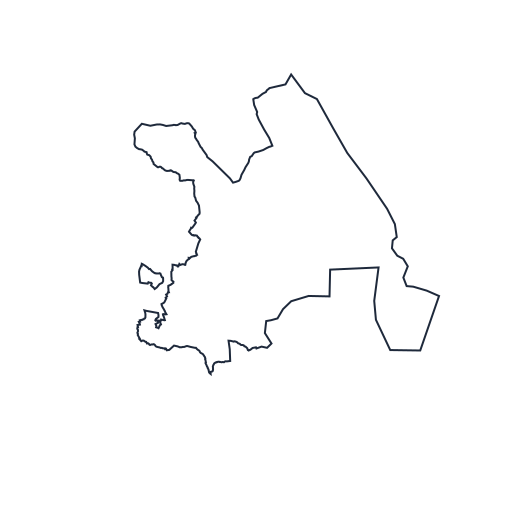 outline of Egbeda, Oyo, Nigeria, rotated 323°
{"feature_id": "59680162B66692684641238", "entity_name": "Egbeda", "entity_type": "district", "adm_level": 2, "iso_a3": "NGA", "parent_name": "Nigeria", "parent_adm1": "Oyo", "projection": "equal_earth", "projection_center": [3.978, 7.391], "detail": "fine", "context": "isolated", "style": "outline", "palette": "slate", "viewbox_px": 512, "rotation_deg": 323, "n_neighbors": 0, "source": "geoboundaries", "source_scale": "gbopen_adm2", "svg_char_len": 6131}
<svg xmlns="http://www.w3.org/2000/svg" viewBox="0 0 512 512"><g transform="rotate(323 256 256)"><path d="M390.9,260.5L390.9,228.6L394.5,200.4L399.1,167.3L393.1,155.4L393.3,132.2L382.8,136.7L367.8,130.0L366.4,130.2L365.1,130.1L363.8,130.4L362.7,131.0L358.8,130.4L352.7,130.6L350.9,129.6L349.6,129.2L348.2,129.1L345.4,134.3L343.6,141.7L341.9,143.1L340.3,148.7L338.6,159.9L337.6,169.7L335.4,177.8L333.4,177.3L332.3,176.8L329.3,176.2L325.6,175.7L320.8,174.1L317.3,172.5L316.1,172.5L312.6,173.7L311.1,173.3L308.6,174.8L307.3,176.1L305.9,177.0L301.0,178.8L298.4,180.2L293.3,182.4L290.5,184.5L288.8,185.4L287.5,185.6L284.4,184.6L281.8,183.6L281.9,178.4L278.3,154.3L276.6,147.7L277.3,145.6L277.4,138.9L277.7,137.3L277.4,135.5L278.1,131.4L278.5,130.0L278.5,127.3L278.7,126.4L278.6,125.7L278.9,124.4L279.6,123.3L280.4,122.4L281.1,122.0L281.1,120.9L282.2,121.1L282.9,118.8L282.4,116.5L282.7,113.9L282.4,110.0L281.7,109.1L280.6,108.3L278.7,107.7L277.2,106.2L276.2,104.9L275.2,104.6L272.3,104.2L270.7,103.3L270.3,102.7L269.1,101.7L268.0,101.3L262.5,98.1L260.5,95.3L258.6,93.2L255.8,91.2L250.0,88.4L244.4,81.7L233.9,83.6L231.7,85.8L230.1,89.1L226.1,93.7L225.5,96.1L226.0,98.2L226.9,100.3L227.7,101.0L229.0,102.5L229.6,104.5L229.7,105.5L231.1,107.2L230.4,108.6L230.2,109.6L231.4,111.2L231.6,112.9L231.6,113.4L230.9,114.7L230.9,116.5L230.3,118.1L230.4,119.5L229.6,120.9L230.9,125.9L231.3,126.3L232.8,126.7L233.5,127.3L233.8,128.2L233.8,129.3L234.2,129.7L234.9,132.8L235.7,134.1L236.4,134.7L238.5,136.1L238.7,135.9L239.5,136.2L239.8,136.7L240.5,138.9L240.9,139.5L242.3,140.8L242.6,142.1L243.4,143.6L243.7,145.1L242.1,147.9L241.2,148.7L240.8,149.4L240.7,150.3L242.4,151.6L244.0,152.2L244.7,152.9L246.6,153.7L247.7,154.5L250.5,157.0L251.7,157.9L251.8,158.2L250.3,159.1L249.4,160.6L248.4,163.7L247.4,164.7L246.0,166.9L244.2,169.0L242.7,171.5L242.6,172.9L241.4,175.8L241.4,178.3L240.8,181.4L237.3,187.2L236.3,188.3L233.6,188.7L232.8,189.1L231.4,189.1L231.4,189.8L228.2,190.7L228.1,193.1L227.3,193.5L222.1,195.1L221.7,194.9L221.2,194.4L220.9,194.8L218.6,195.6L217.1,196.3L217.4,200.1L217.6,200.9L217.9,201.3L218.6,201.6L218.8,202.5L219.8,202.7L220.4,203.6L220.7,203.7L221.1,204.2L220.9,205.7L221.2,206.1L221.0,206.7L221.0,207.2L221.4,207.6L221.4,209.2L217.6,211.2L210.5,216.4L210.0,218.2L209.8,218.2L209.6,219.5L209.3,219.4L208.9,219.7L208.2,219.7L207.6,219.3L206.7,219.1L206.4,218.8L203.8,217.7L202.2,217.9L201.2,217.0L200.7,218.1L199.4,217.9L197.4,218.2L195.9,219.0L194.2,220.5L193.8,220.2L193.5,219.4L192.2,218.2L190.2,217.6L190.0,216.2L187.7,217.6L187.1,217.2L187.2,215.8L186.6,215.5L185.4,213.9L184.1,212.7L181.9,215.8L181.0,216.2L181.0,217.0L178.9,217.6L176.0,221.6L175.3,222.9L174.5,223.8L174.0,224.6L174.6,226.8L174.1,227.2L173.8,227.7L172.0,227.7L171.7,227.5L170.6,227.7L168.1,227.0L167.6,227.7L167.2,227.9L166.4,229.3L164.9,231.5L164.6,232.5L163.8,232.0L162.5,232.9L161.0,232.7L160.7,234.7L158.7,235.0L158.8,235.9L155.2,237.7L154.1,237.9L151.6,237.5L151.1,238.5L150.6,240.6L150.3,243.7L150.0,244.6L150.1,245.1L149.7,246.2L149.4,248.6L148.5,248.1L147.0,246.6L146.6,246.5L146.3,247.0L145.7,249.4L144.6,252.4L144.2,252.2L142.0,249.7L141.4,250.4L140.1,249.6L138.9,253.5L138.1,253.4L137.5,253.5L134.7,255.0L134.5,254.5L133.3,252.8L134.3,252.0L134.8,249.9L137.7,250.4L138.6,248.3L138.1,247.9L137.0,247.4L136.9,246.8L137.8,246.2L138.3,246.0L141.4,246.0L142.5,244.6L143.5,242.6L135.2,233.6L134.2,232.3L133.3,234.8L132.5,236.2L130.7,238.5L129.7,239.0L128.9,238.7L128.1,239.0L127.4,238.5L126.4,238.5L126.0,238.0L124.5,237.4L124.0,238.7L122.8,238.1L122.4,240.0L122.0,240.9L119.9,239.8L119.0,241.7L118.7,241.4L117.5,242.5L117.2,243.4L117.3,243.8L116.6,245.0L115.0,246.0L114.8,247.3L114.0,247.9L113.4,252.3L112.9,252.2L113.0,253.1L113.1,255.0L114.6,255.3L115.4,256.0L116.1,258.1L116.6,258.5L116.3,260.3L117.2,260.6L117.4,261.1L117.6,261.7L117.5,262.6L117.8,263.3L119.2,263.7L120.4,264.6L120.9,264.6L121.3,264.9L121.7,266.1L121.6,267.6L121.9,268.5L123.0,269.9L123.9,270.9L124.6,272.1L125.5,272.7L126.2,273.9L126.9,274.3L127.3,275.0L127.3,275.6L127.8,275.6L128.1,275.3L128.3,275.5L128.4,275.8L128.0,277.6L130.2,278.8L136.6,278.2L139.0,281.0L140.3,283.2L141.1,283.6L141.6,284.1L142.9,284.6L143.9,285.4L146.3,286.1L147.0,286.6L149.0,289.2L151.9,292.5L152.8,293.2L152.8,294.4L153.1,295.9L153.6,297.1L153.7,298.1L153.4,299.0L153.5,300.1L154.5,302.2L154.5,304.5L154.3,305.0L154.4,305.8L153.9,307.3L153.7,307.6L153.3,307.7L153.0,308.7L152.1,310.5L152.0,310.8L151.6,310.8L151.2,311.2L151.1,311.8L150.7,313.8L150.3,314.8L150.4,315.9L149.9,316.6L149.8,317.9L148.5,320.7L148.5,321.7L148.8,322.9L149.9,321.2L151.7,321.9L152.5,321.7L152.9,321.2L153.4,320.8L153.7,320.2L154.2,319.7L155.0,318.3L156.5,317.3L157.0,317.2L157.6,316.8L158.2,316.6L159.6,316.7L159.8,317.0L160.7,317.0L161.1,317.4L162.1,317.6L162.9,318.2L163.1,318.7L163.5,318.9L164.6,320.2L165.6,320.6L166.3,321.4L166.6,321.6L167.4,321.5L168.2,321.7L169.4,322.7L172.2,324.3L178.9,314.7L183.1,307.1L184.8,308.6L186.7,311.0L187.2,311.0L187.7,311.4L188.7,312.8L189.1,313.8L189.1,314.8L190.2,316.4L190.3,317.6L190.7,318.2L191.8,319.1L192.4,319.9L192.4,321.2L193.1,322.0L193.5,324.4L192.9,326.2L193.3,327.1L193.9,327.0L195.0,327.5L197.9,327.4L201.0,328.9L200.7,330.1L205.9,331.7L209.6,336.0L215.7,335.2L216.7,322.9L225.0,314.1L229.3,316.3L235.6,318.8L245.6,314.7L256.9,313.3L274.0,319.6L290.4,332.5L307.0,311.5L347.0,338.9L323.4,363.0L313.4,379.1L306.6,411.9L330.3,430.3L378.1,398.1L371.5,386.4L363.1,375.1L358.2,370.7L360.7,361.9L371.0,355.6L371.9,346.8L369.0,340.8L369.2,331.7L374.6,325.8L379.8,325.6L386.1,314.1L389.1,297.2L390.9,260.5ZM151.4,200.7L147.5,207.5L149.0,209.2L152.9,212.9L154.3,212.2L154.8,213.1L156.2,214.4L156.2,215.3L154.5,216.2L154.9,218.8L155.2,219.1L155.2,221.4L157.9,221.4L162.0,220.4L165.0,221.0L166.7,220.2L168.4,217.9L168.7,217.3L168.2,216.6L168.1,216.1L168.4,215.4L168.4,214.7L169.1,212.5L168.6,211.7L168.1,211.6L165.9,210.0L165.8,209.7L165.1,209.2L165.0,208.7L164.7,208.5L163.8,205.6L163.6,202.6L162.7,202.1L162.6,200.3L161.7,197.3L160.5,194.2L160.1,193.5L158.8,195.0L158.6,194.6L157.5,195.3L154.7,196.8L153.2,198.1L151.4,200.7Z" fill="none" stroke="#1e293b" stroke-width="2"/></g></svg>